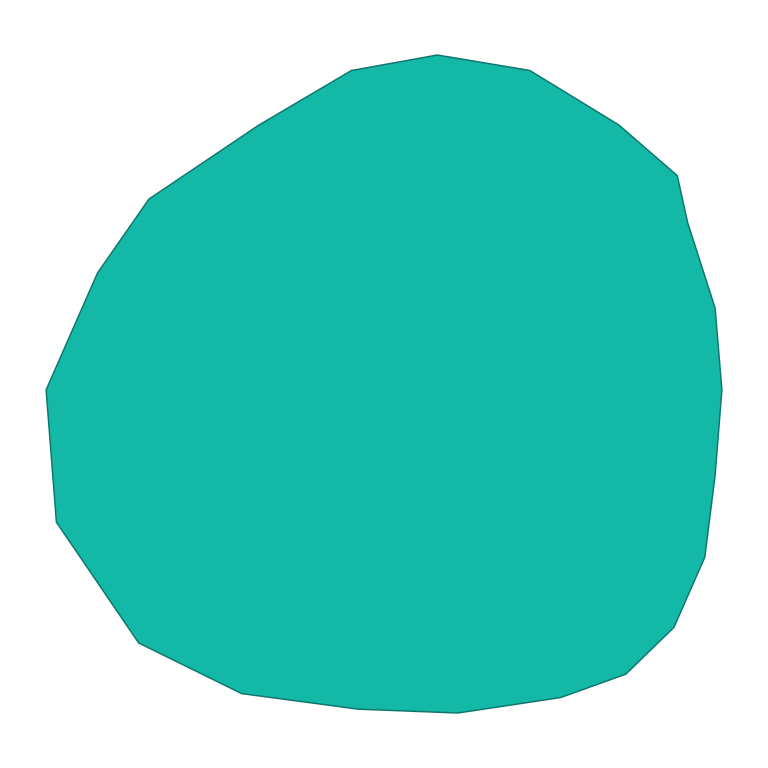 outline of Tshikapa, Kasaï-Occidental, Democratic Republic of the Congo
{"feature_id": "63176286B37681851712476", "entity_name": "Tshikapa", "entity_type": "district", "adm_level": 2, "iso_a3": "COD", "parent_name": "Democratic Republic of the Congo", "parent_adm1": "Kasaï-Occidental", "projection": "robinson", "projection_center": [20.826, -6.413], "detail": "fine", "context": "isolated", "style": "filled", "palette": "teal", "viewbox_px": 768, "rotation_deg": 0, "n_neighbors": 0, "source": "geoboundaries", "source_scale": "gbopen_adm2", "svg_char_len": 402}
<svg xmlns="http://www.w3.org/2000/svg" viewBox="0 0 768 768"><path d="M358.3,709.2L457.8,713.0L560.7,697.5L625.9,674.1L673.9,627.4L704.8,557.3L715.1,475.5L721.9,389.9L715.1,308.1L687.6,222.4L677.3,175.7L619.0,125.1L529.8,70.5L437.2,55.0L351.4,70.5L258.8,125.1L149.0,199.0L97.5,273.0L46.1,389.9L56.4,522.2L138.7,643.0L241.6,693.6L358.3,709.2Z" fill="#14b8a6" stroke="#0f766e" stroke-width="1.5"/></svg>